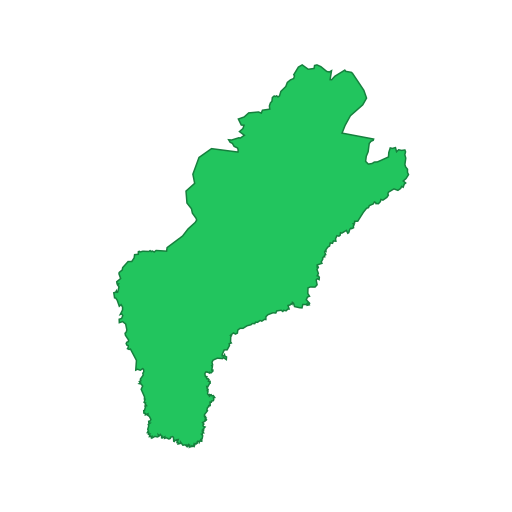 outline of Asante Akim South, Ashanti, Ghana, rotated 13°
{"feature_id": "2480657B39079904074923", "entity_name": "Asante Akim South", "entity_type": "district", "adm_level": 2, "iso_a3": "GHA", "parent_name": "Ghana", "parent_adm1": "Ashanti", "projection": "robinson", "projection_center": [-1.081, 6.462], "detail": "fine", "context": "isolated", "style": "filled", "palette": "green", "viewbox_px": 512, "rotation_deg": 13, "n_neighbors": 0, "source": "geoboundaries", "source_scale": "gbopen_adm2", "svg_char_len": 6136}
<svg xmlns="http://www.w3.org/2000/svg" viewBox="0 0 512 512"><g transform="rotate(13 256 256)"><path d="M344.3,115.6L312.2,116.9L313.4,108.8L316.4,98.1L326.0,84.7L328.2,77.3L323.8,70.3L308.9,56.3L307.6,55.6L301.9,55.9L300.7,54.9L292.4,63.1L290.1,67.2L288.5,67.5L287.9,58.5L286.1,60.2L283.5,60.3L276.6,56.9L272.4,56.1L270.2,57.2L270.4,60.2L264.9,62.3L258.0,59.4L254.8,62.4L252.0,70.9L253.0,71.8L252.8,74.6L250.0,76.6L247.5,79.8L246.9,84.2L243.2,90.0L242.9,94.7L241.6,96.1L240.1,95.3L238.9,96.3L237.7,96.0L236.3,97.9L236.7,101.7L235.6,103.6L235.3,106.8L236.4,109.8L229.5,112.5L229.0,115.6L226.1,115.1L216.7,118.2L213.2,123.2L208.0,126.5L212.2,131.7L214.9,131.3L214.6,134.8L211.9,138.5L217.5,141.0L214.1,144.7L212.8,144.6L206.1,148.5L203.2,148.9L205.2,151.0L207.7,151.6L210.0,154.1L213.7,154.9L214.8,156.7L215.0,158.8L188.5,161.4L178.3,172.8L176.1,190.5L179.9,199.0L173.2,208.5L176.8,219.9L182.5,224.5L184.4,228.6L189.1,232.7L190.1,234.3L189.2,237.0L183.7,244.9L180.0,253.0L167.5,267.8L167.8,271.4L157.4,273.1L156.0,275.0L153.7,274.5L152.9,275.3L151.6,274.6L150.6,275.7L144.7,276.8L142.1,278.2L141.2,277.7L140.4,278.3L140.9,280.8L137.4,282.0L137.7,285.2L136.2,289.3L132.6,290.2L128.7,297.3L128.8,299.7L126.4,302.8L126.5,304.2L129.2,308.4L126.1,312.4L126.9,314.4L128.3,314.2L127.7,315.4L129.4,316.9L129.4,320.9L129.3,322.5L128.4,322.7L127.8,321.4L127.4,322.8L125.7,323.8L127.6,328.6L128.7,328.5L130.7,330.3L134.1,335.7L135.5,333.7L137.5,335.8L138.1,338.7L136.9,343.5L138.2,342.6L139.6,344.0L139.1,347.1L136.9,348.4L137.8,351.7L140.8,349.9L144.3,351.6L146.8,357.1L146.6,359.6L145.8,360.7L146.6,362.6L150.7,366.5L150.9,368.1L149.5,369.1L149.2,370.5L150.2,371.9L151.6,372.0L152.1,373.6L151.6,375.2L153.4,375.6L154.6,374.9L163.0,384.6L164.5,394.2L166.0,393.0L169.0,393.3L171.0,391.2L172.0,391.9L172.7,394.0L172.1,395.7L172.9,397.4L171.0,402.0L171.9,403.4L170.6,404.5L171.9,405.5L170.9,406.6L172.9,406.6L174.8,408.2L174.1,411.7L179.1,418.4L179.4,420.5L180.2,420.5L179.9,423.8L181.4,424.0L181.2,425.1L183.0,426.5L181.5,427.2L182.2,428.1L182.1,431.6L181.4,431.9L182.1,434.3L183.6,434.3L183.9,435.7L186.2,434.0L186.5,435.0L185.5,435.2L188.2,436.3L190.4,438.9L190.0,440.4L188.6,441.2L189.1,442.6L190.4,442.6L188.9,444.4L189.7,445.6L189.5,449.2L190.4,450.6L189.9,452.4L191.1,452.0L191.1,453.4L192.3,453.3L191.7,454.0L193.1,454.5L192.8,455.9L194.4,455.4L194.9,456.5L195.4,455.4L195.9,456.5L198.1,454.5L200.6,454.5L201.7,453.7L201.0,452.2L202.2,452.9L203.0,451.4L204.7,453.1L205.0,455.0L205.3,453.5L205.7,454.3L207.8,452.6L208.0,454.2L209.4,453.3L212.3,453.9L213.6,453.0L213.5,451.8L215.4,450.7L216.4,451.4L217.5,455.0L218.1,455.1L218.3,453.7L219.9,453.8L219.9,452.9L221.5,452.3L221.0,455.6L222.4,455.6L222.4,456.7L224.7,455.5L224.5,454.4L227.3,456.8L229.5,455.9L231.4,457.1L231.3,455.8L232.0,456.2L232.5,455.3L232.7,456.3L233.7,455.2L234.1,457.1L234.8,456.2L235.4,456.6L236.5,454.7L236.2,456.0L237.7,455.7L237.9,453.6L238.7,454.8L239.0,452.4L240.0,452.6L241.0,451.4L240.4,450.7L240.9,449.6L242.0,449.5L242.6,450.4L242.9,448.9L244.8,448.7L244.6,447.6L243.9,448.0L243.4,447.2L244.6,445.8L244.5,443.1L243.1,442.0L243.8,441.8L243.6,440.5L244.7,440.1L243.1,438.8L244.2,438.2L244.1,437.1L243.2,437.1L244.8,434.1L243.1,433.9L242.3,432.8L243.0,431.5L241.4,430.3L243.5,428.4L243.3,427.8L244.2,427.3L243.5,426.7L244.2,426.4L243.4,425.8L243.8,425.0L242.6,424.7L242.8,423.7L241.8,423.7L241.5,422.1L243.5,417.7L242.8,417.4L242.8,414.5L243.9,413.4L243.6,412.4L245.0,412.0L244.1,408.7L245.4,408.5L245.6,407.1L246.8,406.7L247.2,405.6L246.4,403.8L247.6,403.2L245.8,401.6L244.6,402.2L243.6,401.3L242.9,402.2L243.0,401.5L241.8,401.4L241.5,402.5L239.8,401.2L239.6,398.3L238.8,398.2L239.3,396.7L238.4,396.5L237.4,394.3L238.4,394.4L239.5,390.5L240.5,389.8L239.5,390.0L239.5,388.5L237.8,388.8L238.0,387.0L236.6,386.2L236.0,386.8L234.9,385.6L235.2,384.6L233.7,384.7L232.6,382.1L233.2,380.3L234.3,380.2L233.6,379.7L237.1,380.5L237.0,379.7L238.6,379.9L239.9,377.8L239.6,376.8L238.5,377.1L238.4,373.5L237.5,372.8L238.3,371.9L237.0,369.5L237.6,367.1L241.4,364.2L246.5,363.5L247.1,362.3L250.4,363.6L250.0,361.0L248.0,360.4L247.5,359.2L246.9,360.6L245.5,360.9L245.2,359.5L246.2,354.6L249.0,353.9L250.3,349.2L249.6,347.4L251.5,346.3L250.5,345.3L249.5,340.3L250.0,339.3L249.0,339.0L251.4,336.0L253.5,336.7L255.2,335.3L254.9,332.3L256.7,330.1L259.6,329.4L263.1,325.9L266.6,324.1L267.6,322.6L270.0,322.2L270.4,320.6L272.4,320.3L274.5,317.9L276.3,318.2L278.5,315.8L279.9,315.7L279.3,312.9L280.8,310.5L285.3,307.5L288.1,307.1L288.6,304.8L292.7,303.2L294.6,304.0L295.2,302.7L297.7,302.6L298.9,300.6L300.2,300.2L298.3,297.0L300.3,296.0L301.0,294.6L302.0,295.0L301.9,293.0L303.1,293.5L304.9,296.6L310.0,296.6L312.5,296.2L312.5,292.7L316.0,292.0L316.5,291.0L316.9,292.5L318.9,291.6L318.2,290.8L318.8,290.0L314.8,287.3L315.4,284.4L317.2,283.2L314.9,280.9L313.8,275.4L315.8,274.0L320.5,273.0L322.0,270.3L320.0,265.8L320.9,264.3L322.8,264.8L322.5,262.5L321.4,261.5L320.1,261.5L320.7,259.0L318.4,255.4L319.3,253.1L318.7,252.3L318.0,252.8L317.6,250.9L321.9,248.3L320.9,247.1L321.8,243.8L321.3,243.0L322.3,241.1L323.0,241.3L322.7,239.6L323.6,239.0L321.9,236.6L322.4,235.3L323.1,235.6L322.7,234.1L324.0,231.1L325.4,229.8L325.4,226.6L327.7,226.4L328.0,224.0L330.5,223.6L329.6,221.3L330.3,218.0L332.3,218.0L333.3,216.9L333.1,214.3L334.5,214.4L338.3,210.7L340.3,213.2L341.1,212.4L341.4,208.9L342.3,207.5L343.0,207.9L344.7,206.5L344.1,204.9L344.6,203.4L343.4,202.7L344.7,201.7L344.3,200.0L347.3,199.2L350.8,189.2L353.0,184.6L354.7,183.6L355.1,181.4L358.6,178.8L359.2,176.7L360.6,177.0L361.1,178.0L363.5,177.5L364.9,175.1L365.0,172.8L367.1,173.0L370.3,169.5L371.3,166.9L370.5,165.9L370.7,164.0L375.3,159.6L379.5,160.1L381.7,157.7L382.3,155.4L383.9,155.9L384.3,152.6L385.4,151.2L382.6,149.8L384.8,146.7L386.3,142.4L384.8,140.5L384.1,137.4L381.7,135.5L380.5,133.4L379.9,126.9L378.2,123.8L378.3,120.9L377.2,119.2L374.1,120.4L371.1,120.4L369.5,122.8L367.5,119.0L364.7,120.5L362.5,120.5L362.1,125.3L362.8,129.7L353.2,137.0L350.1,137.9L348.4,139.7L344.8,141.2L341.5,139.1L341.0,134.0L341.8,129.2L341.0,120.9L342.2,118.4L344.2,116.9L344.3,115.6Z" fill="#22c55e" stroke="#15803d" stroke-width="1.5"/></g></svg>